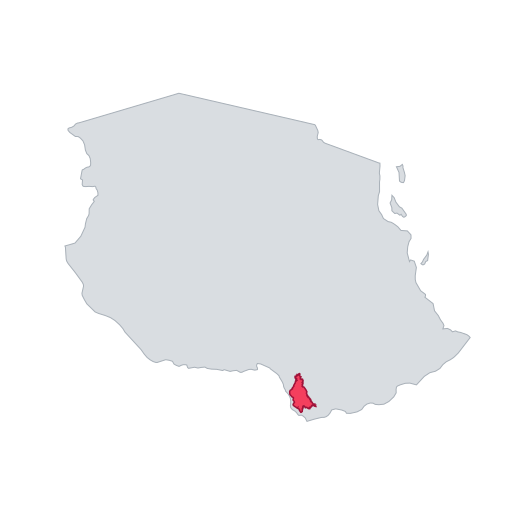 location of Mbinga, Ruvuma, United Republic of Tanzania, rotated 344°
{"feature_id": "72390352B96762734199587", "entity_name": "Mbinga", "entity_type": "district", "adm_level": 2, "iso_a3": "TZA", "parent_name": "United Republic of Tanzania", "parent_adm1": "Ruvuma", "projection": "orthographic", "projection_center": [35.084, -10.703], "detail": "fine", "context": "in_parent", "style": "filled", "palette": "rose", "viewbox_px": 512, "rotation_deg": 344, "n_neighbors": 0, "source": "geoboundaries", "source_scale": "gbopen_adm2", "svg_char_len": 8613}
<svg xmlns="http://www.w3.org/2000/svg" viewBox="0 0 512 512"><g transform="rotate(344 256 256)"><path d="M192.4,356.9L187.0,354.1L182.1,352.5L178.1,350.6L176.3,348.7L172.6,348.0L169.3,347.7L166.3,346.0L160.2,345.4L159.5,344.3L159.4,341.7L158.3,341.1L156.0,340.4L153.6,340.5L152.2,340.9L151.3,340.7L149.3,339.2L147.4,337.3L146.7,334.2L143.8,332.3L140.6,330.8L131.6,331.1L130.2,330.6L128.0,329.1L125.5,326.5L123.4,323.6L121.6,319.7L119.7,314.3L109.1,293.1L108.0,289.0L106.0,284.6L102.6,279.1L99.1,275.1L94.3,271.4L88.8,267.8L85.9,265.4L80.2,255.4L79.0,250.7L78.1,245.9L78.4,243.9L81.9,237.5L82.2,235.8L81.8,233.4L80.0,228.4L77.8,222.4L73.3,211.4L72.6,208.6L72.7,206.5L75.2,195.2L75.1,193.7L85.5,193.7L93.1,188.7L99.6,181.2L100.9,178.1L103.6,173.4L106.2,171.0L107.2,169.4L108.7,164.6L112.2,161.4L115.6,158.9L114.9,157.2L115.4,156.6L117.2,155.3L120.8,154.1L121.5,151.6L121.5,148.8L120.9,147.3L121.0,145.5L120.4,144.5L118.1,144.3L114.6,143.0L111.6,142.4L109.6,141.7L108.9,141.0L108.6,139.4L110.2,135.1L108.6,133.4L112.2,126.2L112.8,125.3L114.2,125.2L116.3,124.4L118.2,124.1L119.8,124.3L120.9,124.0L122.0,123.2L122.8,120.8L123.5,116.7L123.1,113.5L121.6,111.0L121.2,107.1L121.9,101.9L121.4,97.7L119.7,94.3L118.0,92.2L115.3,91.3L111.2,86.1L110.0,83.6L110.2,82.0L111.6,81.4L114.2,81.5L116.7,80.9L119.0,79.4L121.2,79.0L122.4,79.2L226.7,78.3L348.6,145.9L349.1,146.7L350.0,152.5L349.8,154.5L347.9,157.8L347.4,159.6L347.4,160.8L347.8,161.3L349.4,161.5L350.8,162.3L351.3,162.9L352.3,165.4L353.6,166.7L399.7,200.4L400.7,200.9L400.0,203.7L397.4,210.4L397.2,213.2L396.2,216.5L395.2,218.7L392.5,228.2L390.2,231.7L387.1,240.0L386.6,246.4L388.2,250.9L388.8,255.1L392.4,259.3L395.2,260.8L397.1,262.7L400.4,267.0L402.4,271.4L408.4,273.6L410.8,278.4L409.9,281.8L407.0,284.5L404.4,288.9L402.2,294.7L402.0,303.7L403.5,302.4L406.7,304.6L407.0,311.2L403.6,318.9L402.6,322.5L402.4,325.6L404.7,334.8L408.3,339.6L408.0,341.0L407.0,342.2L413.1,350.6L412.5,357.9L414.8,363.5L415.8,368.4L417.2,372.2L417.5,374.7L415.5,377.6L420.1,378.4L422.7,380.7L423.9,383.0L427.2,383.0L428.9,384.5L431.5,385.8L437.0,389.7L438.5,391.6L439.4,393.4L423.7,405.0L418.1,408.0L414.1,409.3L409.8,410.1L405.7,411.9L401.8,414.8L396.9,416.2L390.9,416.1L384.6,418.1L374.7,424.1L368.9,420.6L364.4,419.5L359.2,419.6L356.1,420.0L354.9,420.7L353.9,422.8L353.0,426.2L349.6,429.4L343.6,432.5L338.1,433.7L333.1,432.8L329.7,431.5L327.9,429.7L325.3,428.8L321.8,428.9L318.5,430.2L315.3,432.7L310.2,433.7L303.3,433.3L299.6,432.1L299.1,430.1L296.0,427.7L290.5,424.9L286.4,424.8L283.7,427.5L281.3,429.1L279.1,429.8L277.2,429.9L274.4,429.2L266.7,428.9L259.4,429.0L258.7,425.2L257.1,422.8L255.8,421.5L253.3,421.1L252.6,420.0L251.8,417.7L250.5,415.6L248.9,414.0L247.9,412.4L247.6,411.0L247.8,409.4L249.3,405.5L249.8,402.8L249.6,400.1L248.8,397.3L247.1,393.9L247.3,393.0L246.7,390.7L246.6,389.1L246.9,387.1L246.6,384.5L245.1,378.9L245.1,377.4L243.5,374.7L238.6,368.3L238.4,367.5L230.8,361.1L227.7,359.7L226.6,360.9L226.2,362.0L226.5,364.1L226.3,365.1L226.0,365.6L224.2,365.5L223.1,365.3L220.2,363.6L217.9,363.1L212.3,363.5L210.4,363.9L208.8,363.5L205.9,360.6L202.4,360.0L199.3,359.8L194.1,356.5L192.4,356.9ZM409.4,250.2L411.9,257.3L411.6,258.6L409.8,259.4L408.8,259.5L407.7,258.3L407.0,255.9L405.6,256.5L403.3,253.6L401.1,253.4L399.1,250.0L399.9,247.0L399.5,242.0L401.9,239.4L403.4,235.1L404.9,238.1L405.3,242.7L407.4,248.2L409.4,250.2ZM421.9,208.3L422.1,210.0L421.6,211.5L421.7,216.6L421.5,219.9L419.5,224.5L418.0,226.1L416.6,225.6L415.5,224.8L414.6,223.5L416.5,215.1L415.6,208.9L419.1,209.5L421.9,208.3ZM415.9,310.2L414.1,310.6L413.5,310.2L412.4,308.8L414.3,307.6L416.2,305.4L420.5,302.1L422.5,299.4L422.2,302.0L419.7,307.7L417.6,308.1L415.9,310.2Z" fill="#d9dde1" stroke="#a8b0b8" stroke-width="1"/><path d="M254.7,392.7L254.6,393.0L254.6,393.5L254.4,393.8L253.7,393.7L253.6,393.8L252.9,394.3L252.3,394.5L252.0,394.5L251.8,394.7L251.4,395.1L251.2,395.3L251.0,395.6L250.8,396.3L250.6,397.3L250.5,397.8L250.5,398.3L250.5,398.7L251.0,399.6L251.2,400.0L251.6,401.1L251.9,401.5L252.9,402.3L252.9,402.6L252.6,403.4L252.4,403.6L252.2,403.9L252.1,404.2L252.0,404.7L252.0,405.0L252.2,405.3L252.6,406.2L252.6,406.9L252.6,407.3L252.5,407.5L251.7,407.8L251.5,408.0L251.1,408.5L250.7,409.0L250.6,409.4L250.7,409.6L250.9,409.9L250.9,410.1L251.2,410.6L251.3,410.7L251.8,411.4L252.1,411.6L252.4,412.0L252.6,412.1L252.7,412.3L252.8,412.5L253.6,413.5L254.3,413.2L254.2,413.4L254.0,413.6L254.1,413.8L254.1,414.0L254.4,414.2L254.9,414.8L255.3,415.2L255.5,415.4L255.5,415.5L255.4,415.6L255.2,416.1L255.4,416.5L255.4,417.0L255.7,417.8L256.0,418.6L256.4,418.7L256.7,418.6L257.0,418.4L257.6,418.2L257.8,417.4L258.0,417.2L258.1,416.9L258.5,416.3L258.5,416.0L258.3,415.8L258.4,415.5L258.9,415.0L259.5,415.0L259.5,414.9L259.4,414.7L259.3,414.3L259.4,414.2L259.6,414.1L259.6,413.4L260.2,413.3L260.3,413.2L260.8,413.2L260.9,413.8L261.0,413.9L261.2,414.1L261.6,415.5L261.9,415.5L262.0,415.3L262.1,415.1L262.4,415.3L262.9,415.4L263.2,415.6L263.4,416.1L263.6,416.2L263.8,416.5L264.0,416.8L264.2,417.0L264.3,417.0L264.6,417.1L264.7,416.9L264.8,417.0L264.7,417.2L264.7,417.3L265.0,417.4L265.4,417.6L265.6,417.6L265.8,416.9L265.9,417.1L266.0,417.0L266.3,416.9L266.2,416.8L266.3,416.8L267.0,416.6L267.0,416.3L267.2,416.2L267.8,415.6L268.3,415.7L268.5,415.4L268.5,415.1L268.9,415.2L269.2,415.0L269.3,415.1L269.2,415.3L269.4,415.5L269.8,415.4L270.0,415.2L270.3,415.2L270.2,415.4L270.3,415.6L270.4,415.8L270.7,416.0L270.9,415.9L271.2,416.1L271.1,416.3L271.0,416.5L271.5,416.8L271.8,417.0L271.8,416.9L272.0,416.9L271.9,416.6L272.0,416.3L271.9,416.2L272.0,416.0L272.1,415.8L271.9,415.8L271.7,415.8L271.5,415.4L271.6,415.2L271.5,414.8L271.6,414.6L271.4,414.6L271.2,414.7L270.9,414.4L270.9,414.2L270.7,414.1L270.3,414.1L270.3,414.4L270.2,414.3L270.2,414.1L270.0,413.8L270.0,413.7L269.9,413.6L269.8,413.3L269.7,413.0L269.7,412.9L269.8,412.8L269.8,412.6L269.7,412.5L269.6,412.3L269.5,412.1L269.5,411.9L269.3,411.8L269.2,411.5L269.2,411.2L268.9,411.1L269.1,410.9L269.0,410.7L268.9,410.6L268.7,410.4L268.9,410.3L268.9,410.1L269.0,410.1L269.0,409.8L268.9,409.7L268.9,409.4L268.7,409.3L268.8,409.1L268.7,409.0L268.8,408.9L268.7,408.8L268.7,408.6L268.8,408.4L268.7,408.3L268.4,408.1L268.2,408.1L268.2,407.9L268.1,407.6L268.3,407.5L268.3,407.4L268.1,407.3L268.0,407.1L267.9,406.7L267.7,406.6L267.8,406.4L267.6,406.3L267.6,406.2L267.1,406.2L267.1,405.9L267.0,405.7L267.4,405.8L267.5,405.7L267.4,405.5L267.4,405.4L267.3,405.2L267.2,405.1L267.0,404.9L266.9,404.6L267.0,404.5L267.0,404.4L266.9,404.3L267.0,404.2L266.9,404.1L266.9,403.9L266.8,403.7L266.6,403.6L266.8,403.3L266.7,403.1L266.8,402.9L266.8,402.7L266.8,402.4L266.6,401.8L266.7,401.6L267.1,401.3L267.2,400.9L267.5,400.5L267.3,400.0L267.3,399.3L267.1,398.6L267.0,398.1L266.8,397.8L266.7,397.2L266.6,396.9L266.4,396.4L266.3,396.2L266.1,395.6L266.0,395.3L265.0,394.7L264.8,394.7L264.7,394.5L264.8,394.1L264.7,394.0L265.0,393.9L264.9,393.4L265.0,393.2L264.8,392.6L264.9,392.4L265.1,392.2L265.4,392.0L265.6,392.0L265.6,391.9L265.9,391.5L265.8,391.4L265.8,391.1L266.0,391.0L265.9,390.9L266.1,390.9L266.1,390.7L265.9,390.7L265.9,390.3L265.8,390.1L265.9,389.9L266.0,389.8L266.4,389.4L266.7,389.3L266.7,389.2L266.7,388.8L266.9,388.6L266.8,388.4L266.8,388.1L266.7,388.1L266.7,387.9L266.2,387.5L266.3,387.4L266.5,387.1L266.1,386.9L265.4,387.0L265.4,386.9L265.3,386.7L265.2,386.5L265.0,386.3L264.9,386.3L265.0,386.0L264.8,386.0L264.9,385.5L265.1,385.3L265.3,385.3L265.4,385.2L265.5,385.1L265.4,384.8L265.5,384.7L265.3,384.7L265.2,384.8L265.2,384.7L265.2,384.2L265.3,383.9L265.1,383.5L265.1,382.8L265.3,382.3L265.5,381.9L265.4,381.9L265.3,382.0L265.0,381.8L265.0,381.7L265.2,381.3L265.2,381.0L264.9,381.0L264.7,381.2L264.4,381.3L264.4,381.5L264.8,381.6L264.8,381.8L264.5,382.0L264.3,382.2L264.1,382.2L263.6,382.1L263.4,381.9L263.1,382.1L262.9,382.1L262.7,381.4L262.6,381.5L262.5,381.9L262.5,382.0L262.1,381.8L261.9,381.8L261.8,382.1L261.7,382.1L261.6,382.3L262.0,382.4L261.9,382.6L261.7,382.5L261.4,382.4L261.2,382.5L260.9,382.8L260.6,382.8L260.4,382.7L260.4,383.1L260.2,383.1L260.1,383.3L260.1,383.6L260.3,383.6L260.2,384.0L260.1,383.9L260.0,384.0L260.3,384.4L260.6,384.6L260.7,384.9L260.8,385.0L261.1,385.2L261.0,385.3L260.9,385.3L260.7,385.4L260.7,385.1L260.5,385.3L260.6,385.7L260.4,385.8L260.5,386.0L260.5,386.3L260.6,386.0L260.7,385.9L260.8,386.2L261.1,386.5L261.1,386.8L260.6,386.7L260.4,386.8L260.3,387.0L260.2,387.0L260.0,386.9L259.7,386.9L259.6,387.1L259.6,387.6L259.3,387.6L259.2,387.7L258.4,389.2L257.9,389.4L257.4,390.1L256.7,390.6L256.7,390.9L256.4,391.2L256.4,391.6L256.2,391.6L256.0,392.0L255.2,392.4L254.7,392.7Z" fill="#f43f5e" stroke="#9f1239" stroke-width="1.5"/></g></svg>